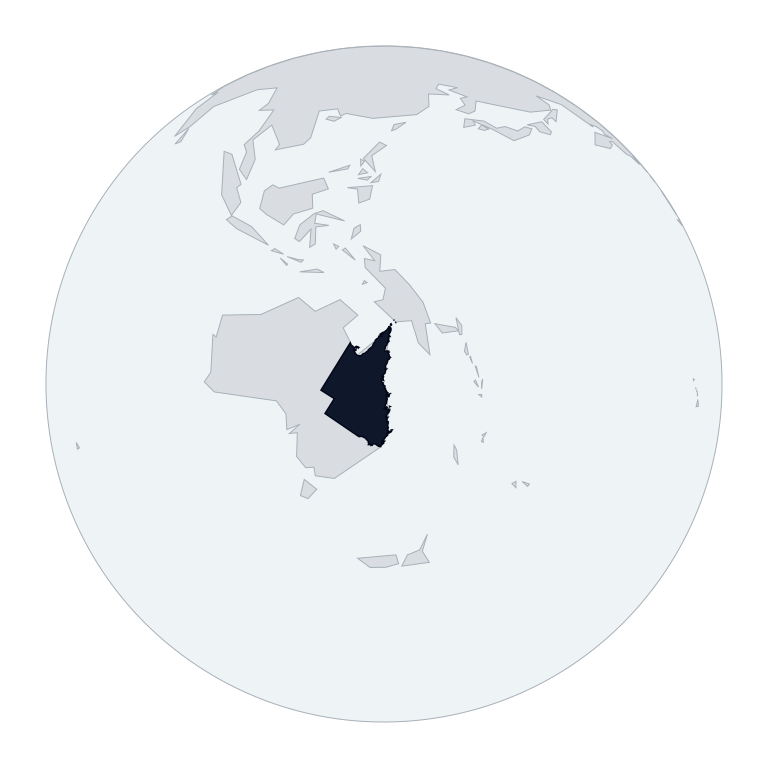 Queensland highlighted on a globe, orthographic projection, rotated 35°
{"feature_id": "AUS-2657", "entity_name": "Queensland", "entity_type": "State", "adm_level": 1, "iso_a3": "AUS", "parent_name": "Australia", "parent_adm1": "", "projection": "orthographic", "projection_center": [147.106, -19.205], "detail": "fine", "context": "on_globe", "style": "filled", "palette": "ink", "viewbox_px": 768, "rotation_deg": 35, "n_neighbors": 0, "source": "natural_earth", "source_scale": "10m", "svg_char_len": 11229}
<svg xmlns="http://www.w3.org/2000/svg" viewBox="0 0 768 768"><g transform="rotate(35 384 384)"><circle cx="384" cy="384" r="338" fill="#eef3f6" stroke="#a8b0b8"/><path d="M560.4,382.6L560.4,385.2L559.9,385.5L560.4,382.6ZM534.9,81.6L537.8,83.3L530.4,81.3L532.8,80.6L530.2,79.3L534.9,81.6ZM526.6,77.7L520.4,75.0L514.2,72.2L506.7,69.3L500.0,66.6L500.4,66.8L526.6,77.7ZM652.7,223.6L650.0,216.7L654.4,222.0L652.7,223.6ZM646.4,212.0L647.8,214.4L646.2,212.2L646.4,212.0ZM644.1,210.0L645.7,211.4L644.0,210.5L644.1,210.0ZM641.1,208.3L642.6,208.9L642.5,209.1L641.1,208.3ZM635.8,203.6L634.4,202.3L635.6,202.2L635.8,203.6ZM506.9,69.4L507.9,69.9L503.6,68.3L506.9,69.4ZM489.4,63.0L482.3,60.7L489.9,63.1L489.4,63.0ZM475.0,58.6L478.3,59.5L460.9,55.0L461.6,55.4L454.3,53.5L475.0,58.6ZM408.8,47.0L412.4,47.3L430.9,49.4L432.7,49.6L432.2,49.5L454.3,53.5L461.6,55.4L457.1,54.6L467.5,57.7L455.8,55.9L450.9,56.7L432.0,54.5L429.8,56.1L434.1,57.3L434.4,61.3L419.8,67.0L412.4,56.9L430.5,51.9L421.4,52.9L417.8,51.4L411.0,51.3L405.1,52.8L407.9,53.6L369.1,53.4L343.5,60.7L359.2,60.7L363.4,64.0L347.9,77.4L297.0,99.4L302.0,108.1L298.5,114.1L285.8,117.9L290.5,109.0L282.7,106.2L287.3,101.2L268.5,105.9L274.3,99.1L256.8,107.0L257.2,112.2L271.7,109.8L254.1,120.9L261.6,130.8L256.2,144.6L222.5,172.8L197.6,184.2L194.8,189.5L188.2,185.2L174.4,197.5L182.7,224.4L180.7,233.6L160.7,254.5L161.1,247.7L143.6,236.3L136.6,259.2L149.7,273.9L154.1,295.4L142.4,291.1L138.4,272.8L132.2,268.1L136.5,248.3L136.6,222.6L124.9,231.4L128.4,220.4L126.6,202.7L111.4,215.6L85.3,254.4L77.5,284.3L70.4,301.3L72.4,265.9L80.8,240.1L76.8,246.3L82.5,231.5L94.5,209.7L108.1,188.9L123.1,169.2L139.6,150.6L157.4,133.3L176.4,117.3L196.6,102.8L217.7,89.8L239.8,78.4L262.6,68.6L286.1,60.6L310.1,54.3L334.5,49.7L359.2,47.0L384.0,46.1L408.8,47.0ZM165.4,608.4L171.2,611.0L170.3,613.2L165.4,608.4ZM226.8,340.3L236.4,341.1L236.2,342.7L226.8,340.3ZM216.8,335.7L227.3,335.3L215.3,339.4L216.8,335.7ZM231.5,335.2L242.2,331.4L246.8,328.6L246.3,331.9L231.5,335.2ZM209.8,336.6L174.1,341.3L160.6,339.7L163.2,333.4L185.0,331.0L209.8,336.6ZM162.2,333.4L142.4,322.1L119.6,285.1L127.7,283.1L152.4,302.5L150.7,307.6L162.6,317.3L162.2,333.4ZM212.3,296.6L210.6,311.2L190.4,312.5L181.5,311.5L175.2,294.3L178.7,284.6L185.8,283.7L216.4,249.9L226.5,256.1L216.4,269.7L224.8,280.9L212.3,296.6ZM77.6,286.7L78.5,302.1L75.2,307.2L77.6,286.7ZM231.0,228.5L217.2,242.3L230.5,224.5L231.0,228.5ZM240.3,212.6L240.0,218.8L235.9,213.2L240.3,212.6ZM192.4,197.4L184.7,200.2L185.6,196.1L196.0,190.3L192.4,197.4ZM251.9,157.0L247.8,168.2L244.9,172.2L243.4,165.7L251.9,157.0ZM491.8,517.1L499.0,522.8L490.7,533.0L477.8,542.3L462.3,541.9L491.8,517.1ZM379.5,523.3L373.4,507.9L389.3,508.8L387.5,521.5L379.5,523.3ZM501.2,510.4L508.4,499.5L505.7,482.1L511.3,499.0L523.4,504.1L503.0,523.0L501.2,510.4ZM305.6,459.5L249.6,487.8L235.6,485.4L235.4,473.7L215.4,441.5L219.6,441.7L212.2,420.2L243.3,397.6L264.4,362.1L285.9,364.0L299.6,340.1L323.1,342.6L318.3,361.4L345.4,376.0L357.4,334.2L380.0,382.6L403.7,403.1L417.6,436.9L397.5,489.8L380.4,498.6L374.3,492.3L367.9,497.5L354.0,493.5L340.9,473.6L334.8,478.9L338.2,465.2L330.6,477.1L320.8,464.7L305.6,459.5ZM476.4,393.8L481.4,396.4L491.1,407.6L483.0,403.9L476.4,393.8ZM548.0,388.0L551.5,393.3L545.9,392.3L548.0,388.0ZM559.9,385.5L553.1,384.6L560.4,382.6L559.9,385.5ZM495.7,371.0L498.8,374.8L496.9,375.3L495.7,371.0ZM493.6,369.4L495.7,365.3L496.1,370.1L493.6,369.4ZM467.6,338.2L470.1,336.5L471.5,338.6L467.6,338.2ZM250.6,340.5L263.3,328.2L270.9,327.1L250.6,340.5ZM463.1,332.3L456.3,330.5L456.7,328.2L463.1,332.3ZM463.0,326.8L461.9,323.2L466.9,332.1L463.0,326.8ZM449.4,316.5L458.1,324.2L448.5,317.1L449.4,316.5ZM444.7,316.4L438.7,312.7L439.0,311.7L444.7,316.4ZM383.2,311.0L404.8,333.6L388.7,330.7L370.2,316.3L358.0,326.4L328.9,322.2L334.8,315.6L330.3,304.7L301.8,299.4L296.0,292.5L305.7,288.3L287.5,282.7L307.3,280.1L315.9,294.1L327.3,284.0L348.1,288.1L369.2,294.7L387.2,307.3L383.2,311.0ZM308.5,310.5L312.0,310.6L309.1,314.7L308.5,310.5ZM427.4,302.8L436.0,311.2L435.2,312.8L431.1,311.0L427.4,302.8ZM391.1,305.4L410.0,296.7L414.7,297.6L402.4,308.8L391.1,305.4ZM404.9,288.4L414.2,291.5L419.4,298.8L417.6,300.3L404.9,288.4ZM268.0,297.2L267.4,301.0L262.4,298.2L268.0,297.2ZM274.3,294.8L289.5,299.0L273.0,298.1L274.3,294.8ZM231.0,283.6L235.0,292.1L247.8,285.7L238.1,294.4L247.4,308.8L244.7,314.7L235.3,298.9L233.0,315.9L227.4,316.0L223.8,301.9L229.1,284.3L234.7,277.0L258.2,273.0L231.0,283.6ZM274.0,283.9L270.1,273.7L273.1,267.0L277.3,272.2L274.0,283.9ZM259.6,250.2L250.5,239.5L241.3,244.2L260.9,228.1L266.2,240.8L259.6,250.2ZM253.4,226.5L244.7,230.6L254.3,221.5L253.4,226.5ZM243.0,227.2L243.1,219.8L249.4,220.4L243.0,227.2ZM257.8,226.6L261.1,214.0L263.4,221.2L257.8,226.6ZM243.0,204.0L255.0,214.9L237.7,211.0L241.6,188.3L249.3,187.2L243.0,204.0ZM314.8,120.9L315.4,116.0L323.6,115.0L320.9,118.6L314.8,120.9ZM351.0,110.1L326.0,113.3L306.1,117.4L310.3,119.6L302.1,128.1L298.1,120.3L315.1,111.3L329.5,109.9L335.6,103.6L348.5,100.0L351.7,92.7L358.7,90.1L360.2,96.6L351.0,110.1ZM352.5,89.7L362.8,78.7L376.5,81.4L377.3,84.4L366.8,88.1L360.2,86.3L352.5,89.7ZM369.3,77.0L363.0,75.6L364.9,62.0L368.7,60.1L374.5,70.4L368.9,69.7L366.0,73.0L369.3,77.0Z" fill="#d9dde1" stroke="#a8b0b8" stroke-width="1"/><path d="M332.7,369.6L334.4,370.8L335.5,371.0L336.5,370.9L337.5,371.3L338.5,371.4L339.3,372.2L339.3,373.0L339.8,373.9L341.0,374.2L342.1,375.0L343.7,375.5L344.2,376.0L345.5,375.9L347.0,375.4L348.8,374.2L349.4,372.4L349.3,371.7L350.1,370.4L350.7,369.8L351.2,368.6L351.1,368.0L351.9,366.0L351.6,365.2L351.9,363.6L352.6,361.0L353.0,360.3L352.2,356.7L352.5,354.5L351.8,353.1L352.1,351.3L353.0,349.4L352.3,347.9L352.6,347.3L353.3,346.9L353.6,346.0L354.0,346.3L354.3,347.4L354.1,346.5L354.7,346.2L353.6,345.9L354.5,345.5L353.5,345.5L352.9,345.0L353.2,344.8L352.7,344.7L352.7,345.2L352.9,345.3L352.3,345.3L353.0,343.5L353.5,343.5L353.2,343.3L353.6,342.1L354.1,341.8L354.1,342.7L354.4,342.3L354.7,342.5L354.8,342.3L354.3,341.9L354.3,341.4L355.3,338.2L355.3,335.9L356.3,335.6L357.0,334.5L357.6,334.3L358.0,334.7L357.4,335.3L357.4,335.8L357.9,335.3L358.3,335.7L358.3,336.1L358.8,335.9L359.2,337.1L359.1,337.7L359.5,338.3L359.3,338.9L359.5,341.0L360.3,341.5L360.9,341.3L361.8,341.7L360.8,342.8L360.8,343.8L361.8,344.1L362.1,345.0L362.9,345.4L362.5,347.0L363.5,346.7L363.3,347.2L363.3,348.1L363.5,349.6L363.8,350.1L363.9,350.8L363.5,352.1L364.0,353.2L364.4,353.6L364.6,354.8L365.0,355.9L365.9,356.5L367.2,355.7L367.4,355.0L368.0,355.3L368.8,354.9L369.0,354.4L369.6,355.0L369.6,355.6L369.9,355.4L369.8,356.2L370.1,356.7L371.4,357.0L371.7,357.7L372.2,358.1L373.3,358.3L373.6,359.0L374.0,358.9L373.4,360.3L373.5,360.7L373.9,360.5L374.0,360.7L373.6,361.0L373.4,361.8L374.1,363.7L374.1,364.6L374.7,365.5L374.5,366.3L374.7,366.7L374.4,367.8L376.2,369.8L376.5,370.3L376.3,370.6L376.5,371.0L376.8,370.3L377.1,370.5L377.5,370.3L377.1,371.4L378.2,373.3L378.2,374.1L378.6,374.7L378.4,375.0L378.3,375.7L378.4,376.1L377.8,377.7L377.9,378.3L378.4,379.0L378.8,379.1L379.0,379.9L379.7,380.0L379.4,382.1L380.4,383.2L381.5,383.9L382.0,383.8L382.9,384.6L383.5,384.3L383.5,383.8L383.7,384.7L384.2,385.2L385.8,385.2L385.8,384.6L386.5,386.0L386.7,386.8L386.5,387.0L387.2,387.7L387.8,387.7L387.6,386.9L388.0,387.0L388.6,388.1L389.4,388.0L389.7,388.3L390.5,388.5L390.7,388.9L390.4,389.2L391.2,389.9L391.5,389.8L391.3,389.7L391.6,389.5L391.4,389.1L391.8,389.2L392.1,389.0L392.3,390.0L392.5,389.7L392.7,389.8L392.7,390.3L393.3,390.2L394.1,391.9L393.7,391.8L393.4,391.3L393.1,391.5L392.8,391.3L392.9,391.7L392.6,392.1L393.0,393.0L393.6,393.3L393.5,394.0L393.7,393.7L394.7,394.0L394.6,394.5L395.3,394.6L395.7,395.2L395.5,395.9L395.7,396.3L395.8,396.2L396.0,396.3L396.2,396.9L396.0,397.0L396.3,397.2L396.0,397.7L396.3,397.5L396.6,397.6L396.7,398.1L397.1,397.8L396.8,398.4L397.0,399.0L396.8,399.3L397.5,401.5L397.4,401.7L397.7,402.0L398.1,402.6L397.9,403.5L398.8,402.8L400.0,404.4L399.4,402.4L399.7,401.6L400.1,401.4L400.8,402.9L403.1,404.3L402.7,403.2L402.9,402.6L403.2,402.7L403.2,403.0L403.4,403.1L403.5,402.8L403.6,403.3L403.9,403.4L403.7,403.7L403.4,403.7L403.7,404.4L404.0,403.8L404.2,404.8L404.0,406.1L403.7,406.2L403.9,406.4L403.8,407.5L404.2,408.0L403.9,408.4L404.4,409.5L404.0,409.6L404.4,409.9L405.1,409.9L405.7,410.6L406.0,411.4L406.5,411.5L407.3,412.6L407.8,412.7L407.9,413.1L408.1,412.8L408.7,413.1L408.3,412.5L408.4,412.4L408.9,412.7L408.8,412.9L409.2,412.7L409.3,413.4L409.6,413.6L409.8,413.5L410.9,416.1L412.7,417.4L412.8,418.6L413.5,419.5L413.1,419.6L413.8,420.1L414.4,420.3L414.5,420.0L414.9,420.3L415.0,421.1L414.6,421.4L415.1,421.2L415.1,421.6L414.8,421.9L414.7,422.6L415.3,423.5L415.3,424.3L415.6,423.5L415.8,424.1L416.3,424.2L415.5,426.4L415.8,426.8L415.6,428.3L415.8,428.5L415.7,429.7L416.0,430.8L415.3,431.0L415.1,431.5L415.5,431.5L415.2,432.2L415.7,432.5L415.8,433.0L416.2,433.3L416.8,435.1L417.0,435.1L416.7,436.0L416.9,436.0L416.9,436.7L417.2,437.1L416.4,437.7L415.6,437.7L415.1,438.3L413.9,438.0L413.2,438.2L412.6,437.8L412.3,438.0L411.9,437.6L411.4,438.2L409.1,439.2L409.6,440.1L409.3,441.3L408.5,441.3L408.3,441.7L407.8,441.1L407.0,441.5L406.7,442.1L406.0,442.7L405.7,442.3L405.6,441.3L404.4,440.7L404.4,440.2L403.1,439.6L401.3,439.6L400.5,438.9L397.4,439.4L396.9,439.1L396.3,439.2L396.0,439.7L394.3,440.7L394.1,441.2L393.6,441.5L352.6,442.0L351.7,424.5L335.9,425.2L332.7,369.6ZM417.4,418.7L415.7,422.6L415.8,423.1L415.5,423.3L415.0,422.1L415.7,420.6L415.8,420.1L415.5,419.9L416.6,418.9L416.7,418.2L416.2,417.6L417.0,416.9L417.0,418.0L417.4,418.7ZM342.4,368.6L342.3,369.1L341.7,369.3L341.4,368.9L341.0,369.1L341.3,369.3L341.0,369.3L340.8,370.0L340.6,369.8L340.1,370.4L339.6,370.4L339.3,370.0L339.4,370.4L339.2,370.6L339.3,369.8L339.9,368.9L341.6,368.4L342.2,368.7L342.4,368.6ZM406.3,410.2L406.6,411.0L406.2,411.2L404.9,409.5L405.4,409.2L406.1,409.8L406.3,409.5L406.3,410.2ZM379.7,379.0L379.8,379.4L379.6,379.7L379.1,379.6L378.9,379.1L378.3,378.4L379.0,378.5L379.1,378.1L379.5,378.3L379.4,378.7L379.7,379.0ZM417.1,432.7L417.7,432.9L417.1,434.6L416.8,434.7L416.9,433.3L417.1,432.7ZM417.1,432.5L416.8,430.8L417.3,430.5L417.1,432.5ZM355.6,333.8L356.1,334.5L355.5,334.8L355.1,334.3L355.6,333.8ZM341.6,372.1L341.6,372.5L341.0,372.5L340.8,372.8L340.7,372.5L341.2,371.8L341.6,372.1ZM356.1,331.1L356.3,331.5L356.1,331.8L355.7,331.7L355.6,331.2L356.1,331.1ZM394.8,390.6L394.1,390.4L394.4,389.6L394.5,390.1L394.8,390.6ZM355.5,330.8L355.5,331.2L355.2,331.4L355.0,331.0L355.2,330.6L355.5,330.8ZM357.8,326.8L358.9,326.7L358.5,326.9L357.8,326.8ZM399.4,400.8L399.4,401.5L399.2,401.9L399.1,401.4L399.4,400.8ZM402.4,401.9L402.8,402.5L402.4,402.7L402.4,401.9ZM394.3,389.0L394.1,389.8L393.8,389.5L394.3,389.0ZM355.5,325.9L355.9,326.0L355.2,326.1L355.5,325.9ZM381.1,380.9L381.6,381.3L381.0,381.4L381.1,380.9ZM382.6,383.5L382.7,383.8L382.4,383.8L382.2,383.6L382.6,383.5ZM356.0,333.7L356.3,333.9L356.0,334.1L356.0,333.7ZM406.8,411.1L407.0,411.8L406.8,411.4L406.8,411.1ZM398.3,402.6L398.5,402.7L398.3,403.2L398.2,402.9L398.3,402.6ZM395.0,391.2L395.1,391.6L394.8,391.9L394.7,391.7L395.0,391.2ZM391.5,388.5L391.6,389.0L391.4,389.0L391.5,388.5ZM401.5,399.1L401.9,399.0L401.7,399.3L401.5,399.1ZM338.9,371.0L339.1,370.9L339.3,371.0L339.0,371.2L338.9,371.0ZM415.1,420.3L415.4,420.6L415.1,420.3Z" fill="#0f172a" stroke="#020617" stroke-width="1.5"/></g></svg>